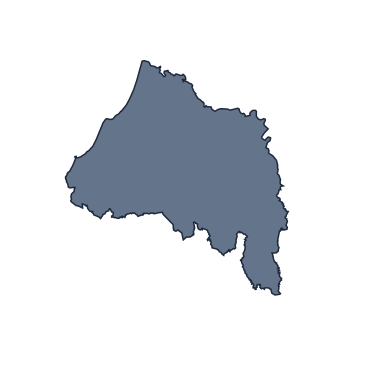 the district of Actopan, Veracruz, Mexico, rotated 233°
{"feature_id": "50627088B39480353913545", "entity_name": "Actopan", "entity_type": "district", "adm_level": 2, "iso_a3": "MEX", "parent_name": "Mexico", "parent_adm1": "Veracruz", "projection": "albers", "projection_center": [-96.592, 19.561], "detail": "fine", "context": "isolated", "style": "filled", "palette": "slate", "viewbox_px": 384, "rotation_deg": 233, "n_neighbors": 0, "source": "geoboundaries", "source_scale": "gbopen_adm2", "svg_char_len": 6050}
<svg xmlns="http://www.w3.org/2000/svg" viewBox="0 0 384 384"><g transform="rotate(233 192 192)"><path d="M281.8,103.3L280.6,102.1L280.3,100.4L279.8,100.4L279.7,99.7L278.0,98.8L277.0,99.0L276.0,98.0L273.5,97.7L270.3,96.2L268.7,97.0L266.4,101.2L265.4,100.9L265.3,99.9L263.3,98.1L263.0,94.8L262.5,94.0L260.9,92.3L258.8,91.5L257.9,89.8L256.8,89.7L251.1,91.2L248.9,93.0L245.0,95.0L248.5,97.2L246.7,98.3L246.2,99.0L245.3,98.7L244.5,99.0L244.4,100.1L241.6,98.8L238.6,98.8L237.8,99.0L236.3,100.8L236.0,99.8L234.3,100.3L232.9,99.8L228.0,102.7L225.8,103.0L227.1,106.8L227.7,107.3L227.0,109.3L228.0,111.5L227.1,114.2L228.4,116.0L227.3,116.5L224.5,115.8L223.2,116.9L221.1,115.1L221.1,113.2L220.1,112.8L219.2,114.3L218.2,114.5L217.8,115.4L215.4,117.0L214.9,118.4L215.3,119.5L214.3,119.9L214.9,121.2L214.6,121.6L213.5,121.2L213.5,122.6L212.1,123.1L213.6,125.0L213.2,125.4L213.4,127.4L212.8,127.9L212.4,129.8L211.2,130.4L211.2,131.7L210.4,132.1L210.2,133.2L209.5,133.6L208.5,133.6L206.9,134.3L205.1,134.2L204.0,137.7L203.1,139.1L203.2,139.5L204.0,139.7L204.0,140.9L203.1,141.4L202.0,143.4L200.4,144.4L199.7,147.0L199.1,147.3L198.8,148.2L197.8,148.3L196.6,150.2L196.1,151.9L193.5,156.2L191.6,155.5L177.4,157.3L174.1,155.2L173.6,155.3L172.8,154.4L170.7,155.2L170.1,156.5L170.1,157.9L165.5,159.2L159.0,156.2L159.3,160.4L157.2,163.4L156.9,167.6L157.6,167.5L157.6,168.2L159.6,169.4L160.6,171.1L161.2,171.2L161.6,172.5L166.6,174.8L166.6,175.8L165.5,176.3L164.8,176.0L163.1,177.1L161.1,175.6L158.9,174.9L157.3,175.4L156.7,176.0L156.8,177.2L156.1,177.3L156.6,178.1L155.9,177.9L156.1,178.4L155.5,179.4L152.1,181.3L150.1,180.5L148.7,180.6L148.1,179.9L146.1,180.1L144.8,175.6L144.0,175.4L144.7,178.0L143.7,177.8L143.6,176.5L142.4,177.7L142.1,177.1L141.9,177.5L140.5,177.2L139.3,175.6L136.8,175.4L135.4,174.4L131.2,177.7L130.5,177.6L129.8,178.2L127.7,177.9L126.3,178.8L124.3,178.6L122.3,179.2L123.3,180.3L122.8,183.8L123.2,184.2L122.9,184.4L123.0,185.3L123.8,186.7L123.4,187.1L122.5,186.1L121.5,186.3L122.3,187.5L121.9,188.6L122.1,190.6L121.9,191.2L121.1,191.4L120.9,192.8L121.6,193.5L123.9,194.6L124.2,195.7L126.0,197.6L127.1,198.1L129.6,201.5L131.5,202.2L132.2,205.3L132.2,205.8L131.6,205.7L131.4,206.2L130.6,205.9L130.2,207.2L127.3,207.9L126.3,209.1L124.7,209.0L123.3,209.6L122.8,208.9L123.1,207.1L122.5,206.4L121.3,206.1L121.7,205.7L121.0,205.8L120.5,204.1L118.1,202.4L118.4,202.0L117.9,201.7L117.0,201.9L114.9,200.4L113.1,198.0L112.2,195.9L109.4,194.6L108.7,193.4L109.2,192.9L108.8,191.8L107.8,190.9L108.5,190.3L108.3,189.7L106.7,189.7L104.5,188.8L103.6,189.1L102.3,188.5L102.0,187.4L100.6,187.4L97.8,186.5L97.5,186.8L94.9,185.5L94.6,185.9L93.2,186.1L92.9,185.6L91.2,185.2L88.1,185.4L87.7,185.0L87.1,185.7L86.9,185.2L85.6,185.4L86.0,186.4L84.7,184.9L84.1,185.5L83.8,185.0L83.2,185.3L82.5,184.4L82.2,185.3L81.3,185.6L80.1,184.9L80.0,184.3L79.0,184.0L79.2,183.5L78.6,183.1L77.5,184.6L76.2,183.8L75.8,184.6L76.6,184.7L76.9,186.9L77.7,187.1L78.8,188.3L78.0,188.8L78.0,189.7L77.3,189.9L77.3,190.7L76.2,190.6L75.3,188.9L73.0,189.1L72.7,190.5L70.8,191.3L71.7,192.1L70.4,194.3L68.9,195.6L67.7,195.8L66.9,196.5L63.2,194.9L59.8,196.3L57.5,200.6L57.6,201.5L60.9,201.2L62.9,203.5L64.2,204.2L64.2,204.7L65.2,204.7L65.2,205.1L66.1,205.7L65.7,206.4L66.6,206.5L67.4,208.0L68.1,209.7L67.8,210.4L69.3,211.6L70.1,211.1L72.4,211.2L74.6,213.5L75.3,212.2L75.9,213.3L77.2,213.2L77.5,213.7L76.8,214.5L77.8,214.4L78.2,215.2L79.1,214.6L79.3,215.9L80.7,215.4L81.6,216.3L83.6,216.2L84.4,216.9L85.3,216.0L86.4,216.3L86.8,216.0L89.1,216.6L91.3,217.8L92.4,217.8L92.7,218.5L95.1,219.2L92.7,222.6L92.9,225.5L93.8,225.9L95.2,228.0L98.0,228.4L98.5,229.2L100.3,230.0L100.9,230.9L101.1,230.6L102.0,231.4L108.1,238.3L107.7,238.8L108.3,239.6L107.7,240.7L108.3,240.5L109.2,241.0L109.1,242.1L106.5,242.3L105.1,245.3L105.5,246.0L106.6,246.9L108.9,247.1L111.1,250.5L112.9,250.9L113.4,251.5L115.3,250.8L115.9,251.1L116.0,252.7L116.7,253.2L118.5,257.1L119.8,255.6L120.9,256.2L121.5,255.7L122.2,256.4L123.8,255.4L124.8,255.8L125.2,257.1L126.5,256.7L127.3,257.8L128.5,257.0L129.1,258.0L132.7,256.4L132.7,257.7L133.8,258.3L135.4,257.8L136.0,257.0L138.1,257.3L138.8,258.2L138.8,259.6L141.4,263.2L140.4,264.3L142.7,265.3L143.0,266.4L142.0,268.5L144.9,267.3L146.8,268.2L148.6,270.1L153.1,271.5L155.3,271.2L158.4,274.5L159.4,274.6L162.0,276.6L166.5,278.5L172.3,278.3L176.2,276.8L177.4,276.9L178.7,278.3L180.6,278.9L182.9,277.6L186.1,282.1L186.0,285.1L187.7,287.3L188.7,287.1L190.0,285.9L189.9,283.5L189.1,281.9L189.5,281.3L192.4,280.2L193.5,280.4L194.2,281.2L195.7,285.6L196.5,290.8L202.0,289.8L203.7,290.9L204.9,293.4L205.9,294.3L207.3,293.5L208.2,290.3L210.2,289.0L213.6,288.9L217.8,292.0L219.1,291.7L220.5,289.9L220.7,287.8L220.1,285.6L218.3,284.5L220.1,280.4L220.4,280.0L221.4,280.7L223.1,280.8L223.9,280.3L224.0,279.3L225.9,278.4L229.0,278.9L229.7,279.6L231.3,279.0L234.5,271.5L235.9,271.0L237.7,269.3L241.3,264.9L242.3,262.3L242.6,258.9L246.0,257.7L248.5,258.4L250.9,255.5L252.5,255.2L252.0,253.2L253.2,253.0L255.4,254.8L256.7,255.0L256.7,254.7L260.5,254.1L263.0,253.1L268.1,253.4L268.2,254.2L270.7,253.9L275.8,255.1L276.5,256.5L278.1,256.6L279.2,256.3L280.2,255.4L282.7,254.6L285.6,252.6L285.5,251.8L286.1,252.4L286.9,251.8L287.6,252.2L285.6,254.6L286.9,255.6L289.1,256.1L290.7,255.9L291.3,255.7L291.2,254.4L292.1,252.9L295.6,250.6L296.1,249.6L295.4,248.5L295.5,247.6L297.3,247.3L299.2,246.1L300.1,246.3L302.2,245.2L303.2,245.9L304.0,245.3L303.9,244.1L304.9,243.3L305.0,242.4L303.9,241.3L301.0,241.1L300.7,239.9L301.3,239.0L305.1,238.8L306.8,237.9L307.5,238.3L308.2,239.9L309.8,240.2L310.7,242.2L311.3,242.3L311.6,239.7L312.1,238.6L314.4,238.0L317.8,235.0L320.8,235.7L322.2,235.5L325.6,232.9L326.5,230.9L314.9,215.8L308.9,207.2L304.0,198.4L301.0,192.0L299.0,184.1L299.3,183.8L298.5,180.7L298.9,177.1L297.9,172.7L299.2,170.2L301.8,168.2L302.1,166.8L300.8,162.7L291.6,147.2L288.3,140.5L287.1,134.7L287.4,132.2L286.7,129.8L287.1,124.2L288.2,121.0L288.7,120.5L290.3,120.9L290.7,119.8L289.9,119.3L288.8,119.3L284.8,112.5L282.1,106.6L282.3,105.1L281.8,103.3Z" fill="#64748b" stroke="#1e293b" stroke-width="1.5"/></g></svg>